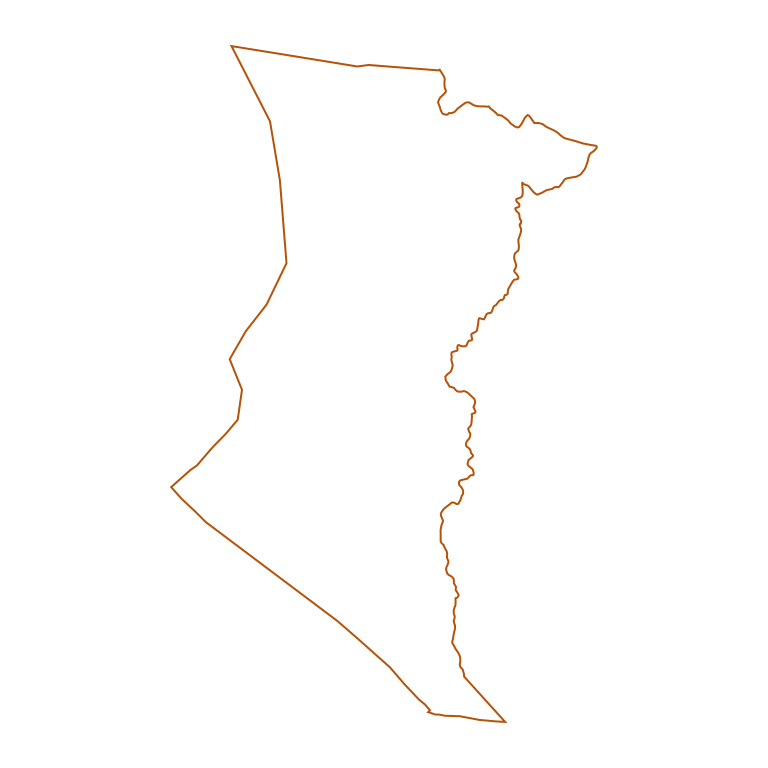 outline of San Francisco de Opalaca, Intibucá, Honduras
{"feature_id": "27666195B85472464338427", "entity_name": "San Francisco de Opalaca", "entity_type": "district", "adm_level": 2, "iso_a3": "HND", "parent_name": "Honduras", "parent_adm1": "Intibucá", "projection": "robinson", "projection_center": [-88.233, 14.52], "detail": "fine", "context": "isolated", "style": "outline", "palette": "amber", "viewbox_px": 768, "rotation_deg": 0, "n_neighbors": 0, "source": "geoboundaries", "source_scale": "gbopen_adm2", "svg_char_len": 6106}
<svg xmlns="http://www.w3.org/2000/svg" viewBox="0 0 768 768"><path d="M439.7,69.7L438.6,70.4L368.4,65.0L357.3,66.5L231.5,46.1L270.0,121.3L279.9,180.3L286.5,263.2L266.5,304.7L245.8,331.2L229.7,359.2L242.0,389.8L237.7,419.7L226.0,433.6L212.3,447.6L197.0,465.4L190.3,470.1L171.2,487.1L181.3,498.5L195.4,511.7L205.8,522.1L337.4,621.0L358.0,638.9L390.0,667.4L404.9,684.7L419.1,699.7L425.1,704.6L429.9,710.2L428.2,712.2L430.0,712.7L435.1,714.5L439.3,714.6L441.6,715.0L443.9,715.6L446.1,715.8L459.7,716.2L479.4,719.9L495.7,721.4L505.1,721.9L464.2,676.7L463.9,673.6L462.8,669.9L462.2,668.8L461.2,668.0L460.7,667.5L460.3,666.6L460.0,665.6L459.8,664.1L460.3,661.7L460.3,659.8L460.1,657.4L459.7,655.8L458.4,653.0L455.4,648.6L454.0,645.8L452.6,643.5L452.2,642.5L452.2,641.7L452.9,639.1L453.9,633.2L454.8,629.6L455.1,627.4L455.0,625.5L454.1,622.8L453.8,620.9L453.8,620.2L454.5,618.7L454.7,616.9L454.6,615.8L454.0,614.3L453.8,613.4L453.7,611.8L453.7,610.4L454.3,608.1L455.1,606.2L455.4,605.5L455.6,601.9L455.5,599.1L455.6,598.3L455.9,598.0L456.8,597.9L457.6,597.2L458.4,596.1L458.6,595.2L458.4,594.5L458.0,593.7L457.1,592.1L456.0,590.7L455.7,590.0L455.7,589.4L456.0,586.9L453.9,583.2L453.9,580.2L453.7,578.9L452.7,577.6L451.8,576.7L450.7,576.0L449.4,575.4L447.5,573.9L446.5,571.3L446.1,569.3L446.4,567.2L447.3,565.5L448.3,562.8L448.4,561.1L447.8,559.8L447.0,557.7L446.9,555.0L447.2,553.5L446.6,551.2L444.4,547.1L443.8,545.3L441.4,542.9L441.0,542.1L440.6,541.1L440.7,539.4L440.6,530.0L441.4,525.6L442.0,523.7L442.8,522.0L443.0,520.5L441.1,516.2L440.8,514.6L441.0,513.3L441.6,512.0L443.2,509.7L444.5,508.3L451.8,502.6L452.6,502.4L453.3,502.5L454.8,503.0L456.3,503.9L457.2,504.1L458.2,503.8L458.9,502.9L459.4,501.8L460.2,500.6L460.7,499.3L461.9,495.4L462.6,494.7L462.9,494.1L463.2,492.7L463.0,490.6L462.4,489.0L461.3,487.2L459.8,485.7L459.1,484.3L459.0,483.5L459.0,482.5L459.2,481.6L459.6,481.0L460.0,480.6L461.2,480.1L467.2,478.7L468.0,478.0L470.2,475.6L471.7,475.1L473.0,475.2L473.4,474.9L473.6,474.4L473.7,473.6L473.6,472.4L473.1,470.7L472.6,469.3L471.5,468.2L468.3,465.7L467.8,465.0L467.6,464.2L467.9,462.4L468.6,460.0L472.5,456.8L472.9,456.2L473.0,455.6L472.2,454.3L471.1,453.2L470.2,449.6L468.6,448.0L466.5,446.4L466.1,445.4L465.9,444.2L466.1,443.1L466.5,442.1L467.3,440.7L468.8,439.1L469.7,437.5L470.1,436.1L470.3,434.8L470.2,433.3L469.5,432.4L468.9,431.2L468.5,429.8L468.2,428.6L468.6,427.9L469.5,427.1L470.1,426.4L471.1,424.8L471.3,424.2L471.6,421.7L472.0,416.2L471.7,414.3L472.0,414.0L475.1,412.7L475.4,412.3L475.5,411.7L475.3,411.2L474.9,410.0L473.5,407.4L474.1,405.5L474.9,403.5L475.1,402.6L475.1,401.6L474.9,400.5L474.5,399.4L474.0,398.6L468.8,393.7L467.3,392.5L466.5,392.0L465.1,391.4L463.8,391.1L463.1,391.2L461.9,391.6L460.8,391.7L459.2,391.7L457.8,391.5L456.9,391.1L455.6,390.0L454.2,388.2L453.6,387.7L451.4,387.0L449.6,386.7L447.9,383.7L445.8,380.4L445.3,376.7L447.4,374.2L449.6,372.7L450.7,371.7L451.7,369.3L452.5,366.5L452.7,365.5L452.6,364.6L451.6,361.2L451.3,359.2L451.7,357.2L451.4,354.1L451.5,353.2L451.7,352.6L452.3,352.1L453.3,351.7L456.4,350.9L457.3,350.5L457.6,349.5L457.3,348.1L457.4,346.7L457.7,345.7L458.1,345.2L458.9,345.1L460.7,345.9L462.3,346.3L464.6,346.3L465.7,346.1L466.1,345.9L466.5,345.4L467.8,342.3L468.8,340.8L469.2,340.6L471.0,340.5L471.7,340.2L472.1,339.6L472.1,338.9L471.3,335.0L471.4,334.3L471.9,333.7L475.6,331.8L476.5,331.1L476.9,330.6L478.1,324.2L478.6,319.6L479.0,318.4L479.5,318.2L482.9,319.2L484.0,319.3L484.7,318.2L486.2,314.9L486.9,313.8L488.7,313.1L490.4,313.0L491.1,312.5L491.8,311.5L493.5,306.9L494.0,306.2L494.6,305.7L495.5,305.4L495.9,305.1L498.9,301.3L500.2,300.2L500.7,300.0L502.0,300.1L503.0,299.4L503.7,298.6L504.7,295.3L505.1,295.0L505.7,295.0L506.3,294.9L507.6,293.8L507.7,293.4L508.0,290.0L508.4,288.8L512.3,282.1L513.5,280.4L514.0,279.9L514.5,279.6L516.0,279.5L517.6,279.0L518.1,278.7L518.3,278.3L518.4,277.8L518.3,277.2L517.3,275.1L516.8,274.4L514.8,272.2L514.3,271.4L514.2,270.8L514.3,270.2L515.5,268.2L516.2,265.6L515.8,263.7L514.5,259.9L514.2,258.1L514.2,256.7L514.5,254.7L515.1,253.4L515.6,252.8L518.2,250.6L518.4,250.2L518.6,249.5L518.8,247.7L518.9,245.8L518.4,241.5L518.4,239.5L520.6,233.2L521.1,231.1L521.2,230.2L521.0,228.5L520.0,226.6L519.8,225.5L519.7,224.5L520.0,223.9L520.6,223.8L520.8,223.7L521.3,220.9L520.4,219.8L519.9,218.7L519.5,216.8L519.3,214.6L519.0,213.6L518.6,213.1L516.2,210.8L515.4,209.3L515.3,208.7L515.5,208.2L515.7,207.9L518.1,207.3L518.8,206.9L519.2,206.5L519.4,205.7L519.4,204.7L519.0,203.7L517.1,202.0L516.5,201.1L516.2,200.1L516.3,199.4L516.7,199.0L517.2,198.7L520.4,197.7L521.8,196.5L522.4,195.4L522.7,193.3L522.7,189.9L522.2,185.2L522.2,183.3L522.3,182.8L522.5,182.7L522.7,182.8L522.9,183.5L523.3,183.9L525.4,184.8L527.6,185.5L528.6,186.1L533.5,192.1L535.7,193.9L537.3,194.7L542.0,192.7L546.9,190.0L552.0,189.0L554.2,187.4L555.6,187.0L557.9,187.2L558.7,187.0L559.5,186.4L560.9,184.6L563.4,181.3L564.3,179.8L565.4,178.9L567.4,178.2L576.7,176.6L579.9,174.9L581.2,173.8L584.2,169.9L585.5,167.7L587.5,162.1L588.6,157.2L589.3,155.4L589.8,154.2L590.3,153.6L590.9,153.0L593.3,151.4L594.7,150.2L596.4,148.2L596.7,147.3L596.8,146.8L596.4,146.0L595.6,145.7L590.9,145.0L582.8,143.4L575.2,141.0L566.7,138.8L564.1,137.9L562.2,136.6L559.6,134.5L558.0,133.0L556.4,131.9L554.3,130.6L546.2,126.8L542.8,124.2L541.4,123.7L539.0,123.1L534.3,123.0L530.0,116.8L529.1,115.8L527.7,115.0L526.0,116.5L524.7,118.1L522.1,123.1L519.3,126.9L518.0,127.4L516.5,127.3L514.6,126.3L511.5,124.1L510.1,122.9L508.9,121.2L507.3,119.7L501.6,115.5L498.0,115.0L497.7,114.9L496.6,113.6L494.0,111.2L490.2,108.3L488.8,106.4L487.4,106.7L484.8,106.4L480.0,106.4L477.1,106.1L475.0,105.6L473.5,105.1L469.2,102.5L468.3,102.3L467.0,102.4L465.8,102.7L465.1,103.0L458.4,108.0L457.3,108.9L455.3,111.2L453.9,112.3L451.3,113.1L448.9,113.1L448.0,114.1L446.6,114.8L443.3,114.0L442.8,113.7L442.1,112.8L440.8,110.5L439.7,106.6L438.2,102.9L438.1,102.0L438.9,99.9L440.2,97.5L443.1,94.9L444.7,93.2L445.6,92.0L445.9,91.4L445.9,90.9L445.5,89.4L444.8,88.0L444.6,86.7L444.4,82.3L444.7,79.8L444.6,78.5L444.3,77.4L444.0,76.6L439.7,69.7Z" fill="none" stroke="#b45309" stroke-width="2"/></svg>